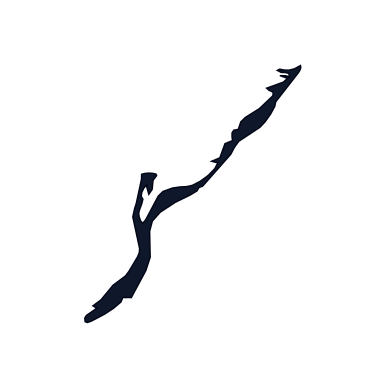 the District of Long Island, rotated 64°
{"feature_id": "BHS-5033", "entity_name": "Long Island", "entity_type": "District", "adm_level": 1, "iso_a3": "BHS", "parent_name": "The Bahamas", "parent_adm1": "", "projection": "equal_earth", "projection_center": [-75.131, 23.273], "detail": "fine", "context": "isolated", "style": "filled", "palette": "ink", "viewbox_px": 384, "rotation_deg": 64, "n_neighbors": 0, "source": "natural_earth", "source_scale": "10m", "svg_char_len": 1497}
<svg xmlns="http://www.w3.org/2000/svg" viewBox="0 0 384 384"><g transform="rotate(64 192 192)"><path d="M256.4,300.3L259.7,304.1L262.1,313.6L263.5,324.8L263.9,339.3L263.4,343.3L261.7,344.9L258.3,343.6L256.7,341.0L254.7,328.4L253.7,329.2L250.9,330.9L249.1,321.2L241.2,303.8L238.3,288.6L235.7,283.5L226.4,269.3L223.5,266.0L220.0,263.9L188.4,256.1L181.6,250.7L178.0,247.2L158.3,231.7L154.0,229.5L154.8,225.8L156.1,222.6L157.8,219.5L160.0,216.6L161.7,216.6L164.4,221.9L172.2,226.7L175.1,231.8L167.9,230.5L165.6,229.5L167.5,233.8L170.4,237.4L173.7,239.6L176.9,239.3L180.3,242.1L185.6,247.6L188.1,249.4L191.2,250.4L195.7,250.9L198.5,249.8L196.7,245.8L180.9,224.1L178.8,217.8L179.9,207.8L182.2,200.6L184.7,194.8L186.2,188.8L186.0,180.0L184.2,170.0L181.0,161.2L176.9,155.7L176.0,157.4L173.0,160.8L173.5,152.0L163.0,141.1L163.6,133.0L159.9,131.8L156.5,130.1L154.8,127.4L156.0,122.9L150.4,117.4L148.4,111.5L146.6,94.9L141.0,77.2L138.3,75.4L136.5,76.3L134.5,78.1L131.4,79.4L133.3,61.7L131.7,56.3L125.9,62.0L128.5,57.1L129.7,55.5L131.4,54.2L127.9,52.9L125.7,55.5L123.5,59.5L120.1,62.0L120.1,59.3L122.9,55.6L125.1,51.2L126.2,45.9L125.9,39.1L127.6,39.6L129.0,40.7L130.2,42.2L131.4,44.1L147.6,77.2L151.3,80.1L156.3,87.1L160.9,95.5L163.6,102.6L166.9,127.7L170.3,134.1L175.1,140.7L191.4,179.9L191.0,183.7L193.2,187.1L193.9,195.2L193.9,211.5L196.2,229.4L200.8,240.5L208.7,247.3L232.3,258.2L242.4,268.0L260.3,292.9L259.2,294.8L257.6,298.4L256.4,300.3Z" fill="#0f172a" stroke="#020617" stroke-width="1.5"/></g></svg>